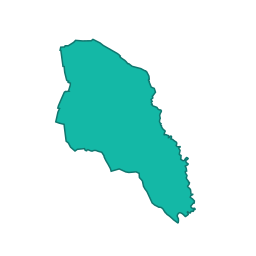 the district of Kota Bukittinggi, Sumatera Barat, Indonesia, rotated 203°
{"feature_id": "22746128B12322141134935", "entity_name": "Kota Bukittinggi", "entity_type": "district", "adm_level": 2, "iso_a3": "IDN", "parent_name": "Indonesia", "parent_adm1": "Sumatera Barat", "projection": "mercator", "projection_center": [100.358, -0.299], "detail": "fine", "context": "isolated", "style": "filled", "palette": "teal", "viewbox_px": 256, "rotation_deg": 203, "n_neighbors": 0, "source": "geoboundaries", "source_scale": "gbopen_adm2", "svg_char_len": 4102}
<svg xmlns="http://www.w3.org/2000/svg" viewBox="0 0 256 256"><g transform="rotate(203 128 128)"><path d="M200.7,128.2L200.7,121.2L200.4,118.9L198.6,119.2L198.7,115.4L198.5,114.2L196.9,105.4L193.2,105.6L188.3,106.4L186.6,103.4L179.8,91.7L177.0,90.9L176.4,90.4L173.4,87.9L167.8,86.1L166.3,88.6L160.0,92.0L158.6,90.7L157.2,90.9L157.2,91.5L156.4,92.4L153.2,92.4L152.0,92.7L151.1,93.6L150.1,94.3L148.7,94.8L146.2,94.9L142.7,95.4L140.5,93.9L139.4,93.2L138.6,92.0L135.8,89.5L132.0,86.7L128.4,83.8L126.6,81.6L120.1,86.9L112.9,86.7L109.8,87.4L103.4,90.8L100.4,90.6L100.0,90.6L98.8,88.1L98.1,86.8L95.2,85.5L94.0,84.8L91.5,81.2L90.8,80.3L90.8,80.2L90.6,80.1L90.2,79.8L88.7,78.6L86.1,77.1L85.3,76.5L76.4,68.4L75.5,68.2L73.4,67.5L70.2,67.3L68.9,67.1L67.3,67.6L66.3,67.8L64.3,67.2L63.7,66.8L61.5,65.2L60.5,64.8L60.5,64.7L60.4,64.7L58.3,63.7L56.8,63.4L55.4,63.1L54.4,62.8L52.7,62.2L51.7,61.9L50.3,61.3L48.5,60.9L45.2,60.1L44.9,60.3L44.8,60.6L45.1,61.7L45.5,62.8L46.2,64.2L46.7,64.6L48.1,65.9L48.5,66.6L48.5,67.9L48.2,69.1L47.6,70.1L46.7,70.5L45.3,70.4L44.6,70.4L42.9,69.8L40.7,68.9L40.3,69.2L39.0,71.4L38.8,72.0L39.4,72.9L40.5,73.7L40.3,74.2L39.0,73.9L37.7,73.9L37.4,74.4L37.4,75.5L37.3,75.9L36.1,76.6L35.6,76.6L35.3,77.0L35.3,77.7L35.7,78.2L35.4,78.6L35.0,78.8L34.5,79.2L34.5,79.5L34.9,79.9L35.4,80.1L35.9,79.9L36.2,79.4L36.9,79.4L37.3,79.1L38.2,79.4L38.7,79.5L39.7,80.6L39.3,82.0L38.9,83.0L38.9,83.5L38.7,84.1L38.1,84.4L37.9,84.6L37.7,84.9L37.8,85.2L38.1,85.4L38.3,86.7L39.0,87.1L40.3,87.6L40.8,87.9L43.6,88.5L43.8,89.6L43.8,90.2L42.4,92.0L42.6,92.3L43.7,91.7L44.7,92.4L45.1,93.6L45.7,94.4L46.1,95.3L46.8,96.0L48.2,96.6L49.5,97.0L50.3,97.5L50.4,98.0L49.8,99.9L50.0,101.6L50.5,101.9L50.8,101.6L52.0,102.8L54.0,103.9L54.9,104.9L54.9,106.0L55.2,107.5L55.6,107.7L56.3,108.1L57.2,108.8L57.7,109.3L58.2,110.4L57.7,110.9L57.2,111.3L58.6,113.6L59.3,114.3L60.0,114.9L60.4,115.3L59.2,116.8L58.8,117.3L58.5,117.9L58.7,118.5L60.3,118.8L61.1,119.3L61.6,119.6L62.0,120.9L61.4,121.8L61.2,122.0L60.8,122.8L60.8,123.5L61.5,123.7L62.4,123.8L62.8,123.2L63.3,121.8L63.4,120.2L64.2,119.6L64.8,119.4L67.3,119.8L67.5,120.4L67.4,120.7L67.5,121.0L68.0,122.1L68.4,123.4L69.2,123.6L69.9,123.5L70.5,123.8L70.8,124.8L71.3,127.7L71.8,128.1L72.2,128.4L72.5,128.6L73.2,129.0L73.4,129.4L73.5,129.6L73.3,130.1L73.0,130.5L72.6,130.8L72.6,131.0L72.8,131.2L73.3,131.0L74.0,130.5L74.7,130.3L75.6,130.1L76.2,130.3L76.8,130.8L76.8,131.6L77.1,132.9L77.7,133.7L78.6,134.0L79.5,134.1L81.2,134.5L82.3,134.9L83.6,134.9L84.0,134.6L84.3,134.7L84.3,136.2L84.6,137.1L85.2,137.4L85.5,137.3L86.1,136.5L86.2,135.6L86.6,135.1L87.0,134.9L87.7,136.8L89.1,136.7L90.2,136.7L91.1,136.5L91.6,136.1L92.1,136.0L92.3,136.4L92.4,137.2L92.4,137.3L92.6,138.0L92.6,138.6L92.5,139.4L93.0,140.0L93.7,140.2L94.7,140.3L97.2,141.8L97.7,142.1L97.8,142.7L98.1,143.2L99.0,143.4L99.4,143.8L99.3,144.9L100.8,145.3L101.5,146.2L101.6,146.3L102.1,148.3L102.1,149.5L102.9,150.6L103.9,152.2L103.9,153.1L104.0,153.8L103.8,155.7L103.8,155.8L103.9,156.7L104.9,157.4L106.0,157.0L106.9,157.0L108.4,157.4L109.1,158.1L109.7,158.3L110.8,158.2L112.2,158.2L113.2,158.0L114.0,158.2L115.2,159.3L115.6,158.0L115.2,159.4L116.7,160.9L116.6,161.6L116.2,161.9L117.0,162.6L117.8,163.0L117.8,163.7L116.9,165.2L117.1,165.7L117.9,166.6L118.6,166.3L117.9,166.6L116.7,171.7L119.3,174.7L120.1,174.7L122.6,174.7L124.0,176.1L124.4,176.5L126.4,178.5L126.7,179.4L127.5,179.6L127.9,180.2L127.9,180.8L127.5,181.2L129.0,183.9L132.7,187.0L133.5,187.0L134.0,187.5L135.0,187.3L139.4,187.7L148.3,186.4L152.5,187.5L153.0,187.1L153.9,187.4L155.8,188.4L157.7,189.1L158.6,189.2L162.4,190.0L163.4,190.5L163.2,191.2L165.2,192.0L167.0,192.4L183.0,194.3L187.0,195.4L194.9,195.9L196.0,193.9L203.8,190.4L210.5,188.2L211.5,185.6L215.2,180.3L217.6,179.3L218.0,179.1L218.1,177.8L219.9,176.9L221.5,176.1L220.9,173.0L220.1,173.1L218.3,170.1L216.0,166.2L211.9,159.3L210.7,159.6L209.9,157.9L208.0,154.5L203.2,148.1L201.7,147.6L201.3,147.7L201.0,147.8L200.9,146.6L198.6,146.8L197.9,145.0L197.2,138.8L196.9,138.7L198.3,138.0L199.2,137.3L199.4,137.2L199.9,137.2L200.6,136.0L200.7,128.2Z" fill="#14b8a6" stroke="#0f766e" stroke-width="1.5"/></g></svg>